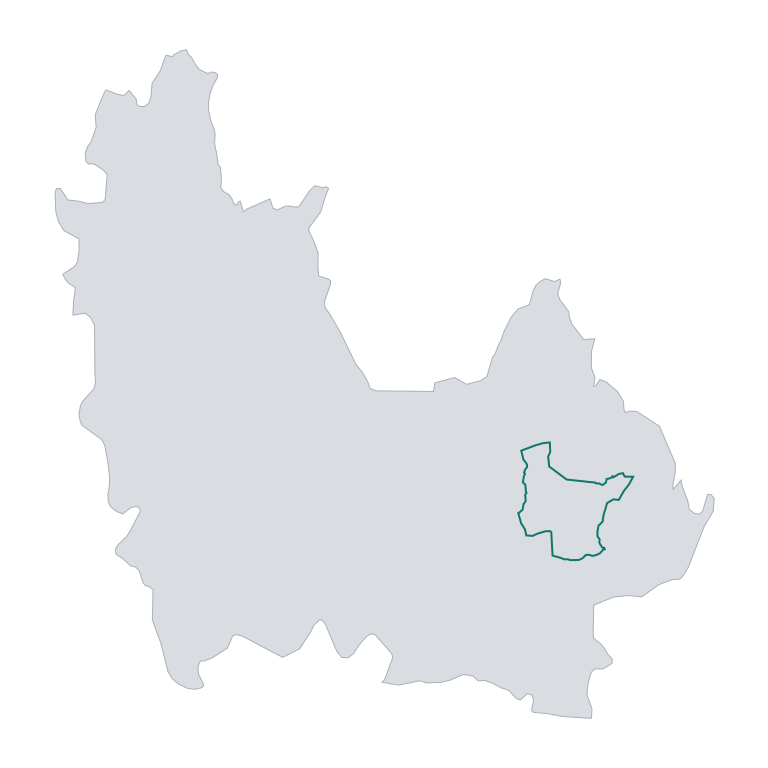 Télimélé highlighted on a map of Guinea, rotated 181°
{"feature_id": "GIN-5660", "entity_name": "Télimélé", "entity_type": "Prefecture", "adm_level": 1, "iso_a3": "GIN", "parent_name": "Guinea", "parent_adm1": "", "projection": "equal_earth", "projection_center": [-13.393, 10.882], "detail": "fine", "context": "in_parent", "style": "outline", "palette": "teal", "viewbox_px": 768, "rotation_deg": 181, "n_neighbors": 0, "source": "natural_earth", "source_scale": "10m", "svg_char_len": 5786}
<svg xmlns="http://www.w3.org/2000/svg" viewBox="0 0 768 768"><g transform="rotate(181 384 384)"><path d="M481.4,560.4L474.5,559.1L471.4,560.9L462.2,575.4L456.7,581.0L448.1,579.2L445.1,580.3L442.8,578.6L445.9,570.7L450.3,555.0L461.5,539.1L461.8,535.8L457.1,526.6L452.2,514.0L452.2,500.5L451.2,490.7L441.2,488.0L439.4,486.3L439.1,483.0L444.7,466.2L445.1,462.8L444.4,459.8L438.3,451.1L428.7,435.2L412.1,402.5L406.0,395.6L400.1,385.6L397.8,379.3L391.7,377.0L334.3,377.4L333.3,386.0L313.5,391.7L301.3,385.1L287.8,388.9L281.2,393.3L276.1,412.4L273.2,416.5L270.3,425.0L267.7,429.7L264.7,439.1L258.3,452.6L251.5,461.2L240.0,465.9L236.4,480.1L233.8,485.3L229.4,489.4L224.6,492.1L215.2,489.4L209.9,491.9L209.0,488.4L212.0,477.2L209.6,471.4L200.6,459.7L199.8,454.1L197.0,446.9L185.1,432.0L174.0,432.9L177.1,420.4L177.0,403.7L173.2,394.6L174.2,385.4L172.1,385.9L168.4,392.3L162.4,390.3L150.3,380.4L144.3,370.8L143.6,362.6L142.2,359.5L138.5,361.2L130.9,361.0L107.8,346.5L91.5,310.0L91.1,301.8L93.5,287.6L92.9,283.7L85.4,293.1L84.0,286.8L78.2,272.2L76.6,263.8L71.0,260.0L66.6,259.4L63.2,262.2L58.6,279.3L55.3,279.2L51.8,275.5L52.6,262.7L61.5,246.8L76.4,206.5L81.7,197.2L85.0,194.0L92.1,193.6L105.8,188.2L122.5,175.7L135.4,176.7L150.6,175.1L170.4,166.5L170.6,139.5L169.9,133.5L162.9,128.0L158.8,123.4L155.3,117.4L151.0,113.1L151.2,108.6L160.0,102.9L168.0,102.9L170.7,100.7L172.6,96.9L174.9,87.1L175.7,76.9L170.4,63.1L170.8,53.3L199.7,54.7L215.7,57.4L228.7,58.2L230.8,60.4L229.0,69.9L230.6,75.5L235.1,77.0L242.3,70.4L246.2,71.9L254.3,80.1L261.9,82.3L270.1,86.8L277.9,89.3L284.8,88.9L290.0,93.6L299.7,95.0L312.2,89.2L322.0,86.6L335.8,85.9L343.0,87.9L364.0,83.2L380.6,85.8L378.0,89.0L370.5,110.6L371.4,114.5L388.2,132.8L392.2,134.1L396.8,131.6L404.0,123.1L409.7,114.0L415.1,109.6L421.5,109.9L426.7,116.3L438.7,143.4L441.8,146.9L444.6,146.8L449.8,141.7L452.5,135.8L463.5,117.9L480.6,108.9L521.4,129.5L527.4,131.0L530.9,129.5L535.9,117.3L551.3,107.0L558.6,104.1L562.8,103.8L564.4,100.5L565.1,95.5L564.3,90.4L559.5,81.2L559.3,78.5L562.0,76.8L567.9,75.4L575.4,76.3L584.0,80.3L591.0,86.1L595.0,92.9L602.8,121.5L611.5,144.0L611.3,174.1L615.1,177.1L619.3,178.4L621.3,180.8L625.5,193.2L629.5,196.8L634.2,197.7L643.0,205.6L648.7,208.8L649.6,211.2L649.4,214.5L647.2,218.6L638.7,227.0L634.5,234.1L626.0,251.2L625.7,254.4L627.6,256.7L631.2,257.1L635.0,255.9L642.9,249.6L649.3,251.9L655.3,256.6L657.6,261.6L658.2,268.1L656.9,276.4L656.7,285.8L658.8,301.8L662.1,317.7L665.3,323.5L685.5,337.6L687.5,342.9L688.5,348.8L687.1,356.9L685.1,361.4L674.1,373.9L672.4,379.8L673.3,390.9L674.4,437.7L678.8,445.6L684.0,449.6L696.2,447.4L695.9,460.4L694.3,475.0L701.5,479.5L705.0,483.9L707.0,488.1L695.9,495.8L692.7,500.3L691.2,512.5L691.6,523.8L706.7,531.8L712.6,541.2L715.2,551.0L716.2,569.5L714.9,573.7L711.0,573.8L703.3,562.5L691.6,561.3L683.0,559.2L668.5,560.6L666.0,564.0L664.4,588.5L668.0,592.7L674.9,597.3L679.4,599.3L683.2,598.7L686.1,601.7L686.7,609.8L684.8,615.7L681.0,621.3L676.3,635.4L677.4,648.4L669.3,669.2L667.0,673.3L656.1,669.1L649.1,667.8L644.0,673.0L636.9,664.9L635.6,658.6L633.0,657.3L628.3,657.2L623.9,660.8L622.0,667.3L621.1,680.7L613.2,693.3L607.7,709.0L601.3,707.6L599.9,709.5L593.0,713.5L587.1,714.7L585.6,710.5L582.1,707.1L578.3,700.4L573.9,695.0L565.6,691.3L562.3,692.9L558.4,692.5L555.8,690.4L556.1,687.1L560.5,678.9L562.9,671.4L564.3,663.2L564.2,655.4L561.9,644.3L558.1,635.6L557.2,630.5L557.6,623.3L556.7,616.5L555.5,613.0L553.7,600.3L551.4,597.9L550.2,587.8L550.5,577.3L547.3,573.3L542.2,570.5L539.2,566.4L537.3,561.8L535.5,560.5L533.9,560.8L532.5,563.6L530.8,564.2L527.9,554.4L526.6,554.0L524.6,556.3L501.2,567.1L498.2,557.9L493.7,556.2L485.9,560.0L481.4,560.4Z" fill="#d9dde1" stroke="#a8b0b8" stroke-width="1"/><path d="M239.0,235.1L240.7,241.4L244.4,247.0L247.5,257.2L247.0,257.4L243.7,260.3L243.2,261.0L243.0,261.7L243.0,262.4L242.8,263.4L242.4,266.2L241.3,268.0L240.6,268.7L240.4,269.4L240.4,270.1L240.5,270.8L240.5,272.6L240.6,273.3L240.9,274.7L241.0,275.5L240.7,276.2L240.0,276.9L239.8,277.6L239.7,278.1L239.9,278.6L240.2,279.0L240.4,279.5L240.5,280.1L240.4,281.5L240.5,282.2L240.7,283.6L240.8,285.0L241.0,285.6L241.2,286.0L241.9,286.7L242.3,287.1L242.7,287.3L243.1,287.7L243.3,288.2L243.3,288.9L242.7,293.3L242.5,294.3L242.1,295.1L241.6,296.0L241.5,296.7L241.7,297.1L242.1,297.2L242.4,297.5L242.3,298.3L241.2,301.1L240.7,302.0L240.2,302.6L239.7,303.1L239.5,303.7L239.5,305.1L239.6,305.8L239.8,306.3L240.1,306.7L240.3,307.2L243.3,310.9L245.6,319.7L242.2,321.1L232.2,325.1L224.1,327.6L217.2,328.5L216.9,323.5L216.6,318.9L218.6,314.3L217.4,304.4L199.8,291.7L181.2,290.0L171.1,289.1L170.2,288.3L169.2,288.2L167.5,288.4L166.7,288.1L164.3,286.9L163.4,287.0L162.6,287.5L162.0,288.3L161.3,288.8L160.5,289.1L159.7,292.9L156.3,293.7L155.9,293.9L154.8,294.5L154.4,295.0L154.2,295.6L153.9,295.9L153.4,295.7L152.8,294.8L147.5,298.2L143.5,299.0L141.8,295.6L133.3,295.6L137.3,287.9L142.7,280.6L147.2,272.2L152.6,272.7L158.9,268.8L160.6,262.3L162.0,257.7L162.9,252.2L162.8,251.0L163.1,250.3L164.9,248.2L165.6,247.4L166.5,246.9L166.8,246.6L167.0,246.1L167.9,241.2L168.0,240.0L167.9,237.4L167.9,236.4L167.9,235.6L167.7,235.0L166.7,233.8L166.3,233.5L166.0,233.1L165.7,232.3L165.9,229.6L165.8,228.8L164.7,226.9L164.0,226.1L163.2,224.6L162.8,224.3L161.7,224.2L161.1,224.1L160.8,223.8L160.4,222.6L162.1,222.2L163.7,220.2L165.1,218.5L169.3,216.5L172.7,215.8L173.4,215.9L173.8,216.0L174.2,216.3L174.7,216.5L176.3,216.8L177.4,216.8L178.8,216.6L179.6,216.3L180.2,215.7L180.8,214.9L181.8,213.8L184.0,212.4L185.4,211.8L186.7,211.4L194.5,211.2L195.4,211.3L196.2,211.6L196.7,212.0L200.7,211.8L204.4,213.3L209.8,214.7L210.7,214.7L211.1,214.9L212.5,215.5L214.1,238.3L214.3,238.8L215.2,239.7L215.8,239.8L220.4,239.5L228.3,236.9L231.7,235.3L232.6,234.7L239.0,235.1Z" fill="none" stroke="#0f766e" stroke-width="2"/></g></svg>